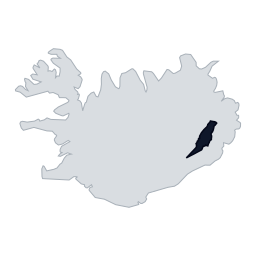 location of Fljótsdalshreppur, Austurland, Iceland
{"feature_id": "244011B28727550371532", "entity_name": "Fljótsdalshreppur", "entity_type": "district", "adm_level": 2, "iso_a3": "ISL", "parent_name": "Iceland", "parent_adm1": "Austurland", "projection": "albers", "projection_center": [-15.091, 64.811], "detail": "fine", "context": "in_parent", "style": "filled", "palette": "ink", "viewbox_px": 256, "rotation_deg": 0, "n_neighbors": 0, "source": "geoboundaries", "source_scale": "gbopen_adm2", "svg_char_len": 5641}
<svg xmlns="http://www.w3.org/2000/svg" viewBox="0 0 256 256"><path d="M199.4,68.8L201.7,69.0L205.5,67.3L210.9,62.3L213.2,61.2L218.4,61.2L212.1,66.1L209.7,71.4L208.0,74.0L208.0,75.1L212.5,78.3L214.7,77.3L215.6,77.7L216.5,79.2L217.1,82.2L216.7,85.3L215.4,88.5L213.7,91.1L213.9,92.0L215.3,92.4L222.8,90.8L223.7,94.6L224.4,95.9L224.2,97.2L221.2,101.3L224.7,98.7L227.5,97.9L232.3,99.2L234.3,100.6L235.5,103.2L237.8,102.4L238.9,103.8L239.0,105.4L238.0,109.9L235.2,112.1L237.0,115.3L238.5,115.3L238.7,116.0L238.6,117.9L236.5,120.2L240.2,122.6L240.6,123.5L240.5,126.3L239.9,127.9L238.8,128.9L236.2,129.1L234.6,130.2L235.2,131.9L234.7,136.7L232.7,140.7L230.8,142.8L228.9,144.2L223.5,142.7L223.8,146.1L221.9,148.2L222.2,149.9L222.9,150.8L222.6,153.0L220.2,157.7L218.5,159.2L215.0,161.0L210.0,165.2L204.9,165.1L192.4,171.0L187.4,174.2L178.3,183.8L174.5,186.2L168.0,187.3L148.4,193.0L146.0,196.7L145.9,197.5L146.7,199.0L145.1,201.7L142.0,203.5L140.6,203.4L138.3,201.6L137.9,202.4L138.8,204.5L129.0,207.3L115.8,204.7L104.4,199.2L95.2,197.5L89.2,190.4L89.1,189.4L90.0,187.5L92.4,186.8L91.5,184.7L87.3,187.9L86.0,187.7L84.4,186.1L84.5,184.7L81.3,183.9L76.0,179.2L75.7,178.2L77.2,177.0L76.9,176.7L73.9,176.6L69.1,180.0L42.6,178.6L42.0,176.5L41.8,168.9L43.1,165.8L44.1,166.3L46.7,170.9L53.9,169.3L57.0,168.0L60.0,164.2L61.7,163.1L64.3,158.1L66.8,155.2L71.4,154.1L67.5,152.8L60.5,156.3L58.3,156.0L59.6,154.3L62.0,152.5L60.5,152.2L60.0,151.2L60.2,149.3L61.6,146.3L69.9,141.6L68.2,140.4L62.5,144.0L58.4,145.0L55.5,142.8L54.3,140.0L54.5,138.9L56.7,135.8L56.5,135.1L55.3,134.6L52.3,131.2L46.9,130.9L33.9,127.4L23.4,130.3L21.3,128.0L19.9,123.6L20.5,122.0L22.4,121.3L27.2,122.1L34.6,121.1L38.2,119.1L39.3,119.8L39.8,121.1L44.4,119.8L47.0,117.9L50.8,119.4L65.7,120.0L68.0,117.4L69.1,114.1L68.8,113.3L63.1,115.9L61.8,115.7L55.8,113.3L53.7,111.2L54.6,109.8L58.3,107.0L67.3,102.6L68.6,101.6L68.9,100.3L65.8,97.7L59.4,97.6L58.1,94.7L53.1,92.5L49.5,93.1L47.9,91.2L26.3,97.1L20.2,92.2L15.6,90.9L15.4,89.6L18.7,86.2L20.6,85.8L22.5,86.4L25.7,89.6L28.1,90.7L25.5,86.5L25.9,82.8L25.1,81.7L24.5,79.1L25.0,78.3L28.6,79.4L34.0,84.4L37.0,84.1L41.2,81.9L32.9,79.2L30.7,75.5L32.8,74.0L37.2,74.8L33.1,68.4L33.0,67.3L34.2,64.9L39.9,67.9L37.2,64.1L37.2,63.3L38.2,62.8L39.0,60.7L40.6,60.1L43.5,61.2L47.8,65.8L48.3,67.0L48.0,71.1L50.0,70.7L52.1,71.5L54.3,69.0L55.5,69.8L56.2,72.4L55.5,77.7L57.0,76.0L59.2,76.1L60.1,71.7L60.1,68.1L53.3,63.2L50.9,59.8L51.3,58.9L52.8,58.1L60.4,58.3L57.4,56.2L56.8,54.3L51.1,54.3L48.3,53.2L48.3,52.3L49.7,51.1L53.4,48.7L60.0,49.3L62.5,50.3L66.9,57.0L70.7,59.9L76.7,69.0L80.7,72.6L80.9,73.4L80.0,74.3L78.2,75.2L80.7,76.9L82.1,79.2L82.1,80.2L80.0,86.7L78.1,88.7L74.1,87.0L74.9,89.3L77.6,91.8L78.1,93.2L77.6,94.4L79.0,94.1L79.4,94.9L78.4,98.6L77.5,99.9L79.9,100.9L81.4,103.0L82.7,110.8L84.4,105.0L85.2,102.9L86.3,102.2L88.0,96.3L91.1,93.1L93.8,92.0L96.2,96.4L98.0,96.9L100.7,89.8L101.4,84.4L101.3,78.4L102.0,74.1L103.5,71.7L105.2,71.1L108.7,73.9L111.3,80.0L115.4,86.8L118.6,88.7L119.1,88.5L119.9,86.4L120.0,77.9L121.8,73.5L125.6,72.7L131.6,68.9L132.9,68.8L135.6,71.4L140.2,80.2L143.6,84.4L145.2,90.8L146.0,92.0L146.9,90.0L147.1,87.2L143.4,73.9L143.4,72.2L143.9,70.8L151.7,71.8L153.4,73.4L158.6,81.0L161.4,78.1L167.0,69.5L168.8,69.8L173.2,73.5L175.1,73.2L180.4,70.2L181.7,66.1L179.6,57.6L180.6,55.9L185.5,54.0L190.7,54.5L196.1,62.3L196.2,65.9L199.4,68.8Z" fill="#d9dde1" stroke="#a8b0b8" stroke-width="1"/><path d="M211.3,139.7L211.4,139.4L211.3,139.1L211.4,138.6L211.4,138.4L211.6,136.9L211.6,135.8L211.5,135.7L211.4,135.4L211.3,135.2L211.2,134.9L211.2,134.7L211.1,134.4L211.0,134.2L211.0,133.9L211.0,133.7L211.1,133.4L211.2,133.2L211.3,133.2L211.4,132.9L211.5,132.8L211.6,132.7L211.8,132.5L211.7,132.5L211.8,132.5L211.8,132.4L211.9,132.2L212.0,132.2L212.1,131.9L212.2,131.7L212.3,131.7L212.5,131.4L212.6,131.2L212.8,130.9L212.9,130.7L213.0,130.4L213.0,130.2L213.1,129.9L213.2,129.7L213.3,129.7L213.3,129.4L213.4,129.2L213.5,129.0L213.5,128.9L213.5,128.7L213.6,128.4L213.7,128.2L213.7,127.9L213.7,127.7L213.8,127.4L213.9,127.2L213.9,126.9L213.8,126.7L213.7,126.6L213.8,126.4L214.5,125.7L215.2,125.1L215.4,124.8L215.8,124.3L216.7,123.1L216.4,122.8L216.3,122.7L216.2,122.7L216.0,122.4L215.8,122.2L215.7,122.2L215.4,122.0L215.2,122.1L215.0,122.3L214.9,122.3L214.7,122.3L214.5,122.2L214.4,122.1L214.2,122.0L214.2,121.9L214.3,121.8L214.3,121.7L214.2,121.7L213.7,121.6L211.4,121.2L210.4,121.0L210.0,122.0L208.2,124.0L207.8,124.4L207.7,125.0L207.6,125.5L207.4,125.8L207.3,126.0L207.2,126.2L206.9,126.8L206.4,127.3L205.1,128.5L204.5,129.2L204.3,129.3L203.8,129.8L203.6,130.1L201.4,132.8L199.9,135.7L199.7,135.9L199.7,136.0L199.6,136.3L199.6,136.5L199.6,136.8L199.6,137.0L199.4,137.5L199.8,138.0L199.7,138.1L199.6,138.3L199.3,138.5L199.2,138.5L198.8,138.6L198.7,138.6L198.5,138.8L198.4,139.1L198.4,139.3L198.4,139.5L198.5,139.7L198.6,139.8L198.6,140.0L198.3,140.4L198.1,140.6L197.9,140.8L197.7,140.9L197.5,141.0L197.3,141.2L197.3,141.3L197.2,141.7L197.5,141.9L197.4,142.0L197.1,142.3L197.0,142.5L196.9,142.6L196.8,142.8L196.7,142.9L196.7,143.0L196.6,143.3L196.5,143.5L196.4,143.6L196.1,143.6L196.1,143.8L196.3,144.3L196.4,144.7L196.5,145.2L196.6,145.3L196.5,145.5L196.4,145.8L196.4,146.0L196.4,146.5L196.4,147.2L193.8,150.0L191.2,152.7L189.0,155.1L186.3,157.9L190.5,155.7L194.2,153.8L197.7,151.9L201.5,149.9L201.8,149.5L201.8,149.3L202.0,149.1L203.1,146.3L203.5,146.4L204.0,146.3L204.1,146.2L204.2,145.9L204.7,145.9L204.8,145.9L205.0,145.9L205.7,145.0L206.3,145.5L207.8,145.9L208.4,144.0L208.7,143.3L209.2,142.6L209.3,142.1L209.5,141.7L209.6,141.1L210.5,140.2L210.8,140.0L210.8,139.9L211.0,139.9L211.3,139.7Z" fill="#0f172a" stroke="#020617" stroke-width="1.5"/></svg>